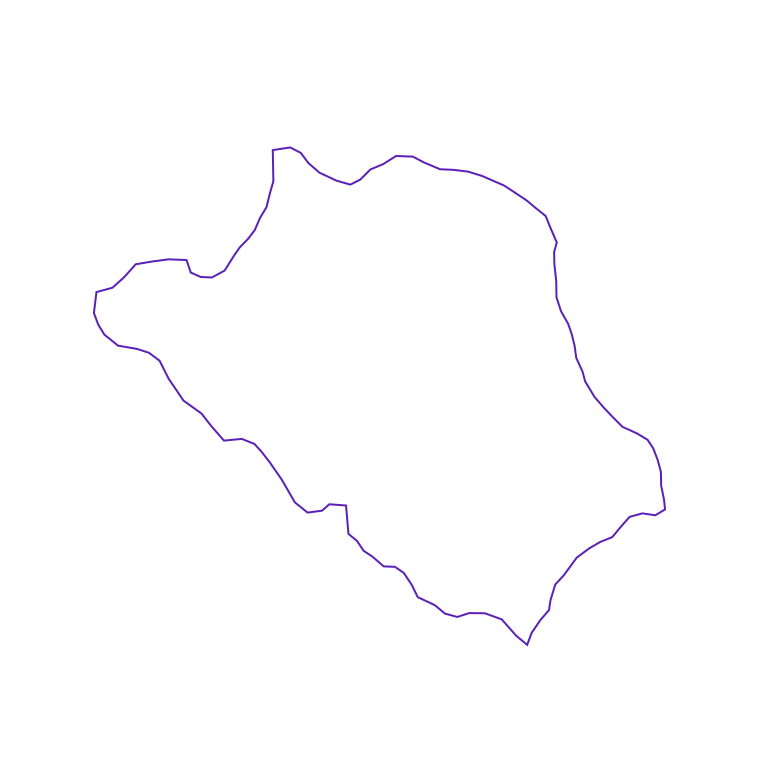 the district of Bálsamo, São Paulo, Brazil, rotated 281°
{"feature_id": "56859067B63877088717769", "entity_name": "Bálsamo", "entity_type": "district", "adm_level": 2, "iso_a3": "BRA", "parent_name": "Brazil", "parent_adm1": "São Paulo", "projection": "orthographic", "projection_center": [-49.552, -20.704], "detail": "fine", "context": "isolated", "style": "outline", "palette": "violet", "viewbox_px": 768, "rotation_deg": 281, "n_neighbors": 0, "source": "geoboundaries", "source_scale": "gbopen_adm2", "svg_char_len": 1626}
<svg xmlns="http://www.w3.org/2000/svg" viewBox="0 0 768 768"><g transform="rotate(281 384 384)"><path d="M610.1,352.3L599.6,341.1L592.0,329.7L580.1,321.7L573.3,312.9L574.5,298.7L579.1,280.4L586.4,267.7L595.0,258.2L598.3,246.8L592.4,230.2L562.0,236.7L549.1,235.6L535.2,234.9L523.3,230.6L510.5,227.8L500.6,222.9L490.7,216.4L481.4,212.3L464.9,205.9L455.7,194.7L454.1,183.7L456.5,173.1L468.0,166.5L465.3,148.8L459.7,132.2L454.1,117.4L439.2,108.5L426.7,99.1L419.4,84.2L398.3,85.7L388.0,92.0L379.1,100.1L370.9,115.6L371.3,135.0L369.8,147.3L364.0,159.3L348.1,171.6L329.4,190.4L320.1,210.6L309.8,222.4L297.9,237.7L303.0,254.9L300.4,268.3L294.3,276.5L285.5,286.6L270.6,301.9L250.8,319.1L243.2,333.5L247.8,347.3L255.5,353.3L257.5,369.9L230.1,377.7L224.7,387.6L216.4,395.8L212.2,405.9L204.9,418.4L206.6,429.6L202.3,439.5L192.1,449.6L181.2,457.8L176.6,476.1L170.3,487.5L169.3,500.4L175.4,511.4L178.2,526.9L175.4,544.5L162.1,561.8L155.3,574.3L167.8,576.4L182.3,582.6L193.5,589.1L203.8,588.7L219.9,590.4L230.2,596.8L239.6,601.3L250.3,606.3L261.8,616.8L270.0,626.1L277.3,637.3L290.2,644.4L300.4,650.4L306.3,662.3L306.9,675.4L314.5,683.8L323.8,681.0L337.3,675.4L350.5,672.6L361.6,667.2L372.3,660.5L379.5,653.4L383.8,641.6L387.4,626.3L395.0,615.1L402.3,604.8L411.5,593.1L425.0,580.9L433.9,576.6L446.4,567.7L457.6,563.9L468.5,558.9L478.2,553.3L489.2,543.9L501.9,536.8L517.6,533.5L534.1,528.4L546.0,525.8L555.9,526.6L570.4,516.7L579.7,510.7L585.7,499.3L591.3,489.2L597.8,473.7L601.8,463.8L604.2,452.8L606.9,440.8L608.5,426.1L607.5,411.5L605.5,398.1L609.1,380.9L612.7,368.9L610.1,352.3Z" fill="none" stroke="#5b21b6" stroke-width="2"/></g></svg>